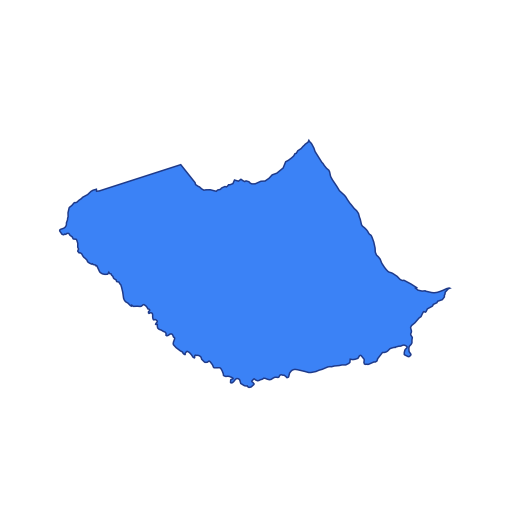 outline of Chitaraque, Boyacá, Colombia, rotated 112°
{"feature_id": "7082276B54324378938324", "entity_name": "Chitaraque", "entity_type": "district", "adm_level": 2, "iso_a3": "COL", "parent_name": "Colombia", "parent_adm1": "Boyacá", "projection": "albers", "projection_center": [-73.416, 5.984], "detail": "fine", "context": "isolated", "style": "filled", "palette": "blue", "viewbox_px": 512, "rotation_deg": 112, "n_neighbors": 0, "source": "geoboundaries", "source_scale": "gbopen_adm2", "svg_char_len": 6091}
<svg xmlns="http://www.w3.org/2000/svg" viewBox="0 0 512 512"><g transform="rotate(112 256 256)"><path d="M314.6,111.6L314.1,110.9L310.0,106.9L309.7,105.8L308.2,104.6L306.4,104.6L305.9,104.8L298.1,102.6L297.2,100.6L296.1,99.3L294.9,98.4L291.8,97.1L290.9,96.2L289.2,94.0L288.7,92.9L288.6,93.0L286.2,89.9L285.3,88.0L284.2,87.0L283.4,86.0L283.0,84.7L283.1,83.4L283.3,82.6L283.7,81.9L284.6,81.7L286.7,82.6L287.5,82.7L289.8,82.4L291.7,81.7L292.0,81.1L292.3,77.1L292.0,76.4L291.2,75.9L290.1,75.4L289.4,75.4L288.8,75.9L287.5,78.0L286.8,78.5L284.6,79.6L283.0,80.0L281.9,79.9L279.9,79.1L278.1,78.9L275.3,80.0L273.9,80.3L272.9,80.6L271.5,82.6L270.9,83.1L270.2,83.4L268.6,83.4L267.4,83.7L264.6,85.8L263.5,85.9L262.2,85.7L258.3,83.6L252.4,81.6L250.4,80.3L246.7,80.1L245.3,79.9L244.7,79.6L244.6,77.9L243.8,77.5L240.8,77.3L236.6,73.8L235.8,73.5L234.5,73.5L231.6,70.8L229.9,70.6L226.7,66.9L223.4,66.0L221.9,66.6L220.5,66.5L218.7,67.0L214.3,65.4L213.3,64.3L213.3,64.9L214.8,67.0L217.9,69.9L220.1,72.3L221.8,74.3L223.4,77.1L224.1,79.5L225.1,85.8L224.9,86.1L226.3,88.8L227.0,93.1L226.1,95.9L225.5,95.1L225.2,95.0L223.9,101.8L223.1,109.5L223.2,110.0L223.8,110.7L223.9,112.2L223.7,113.8L222.0,117.5L220.9,123.0L220.9,124.7L221.1,126.4L220.9,127.8L219.8,130.2L218.3,132.8L215.5,136.8L212.4,139.7L210.9,142.3L210.1,144.5L207.8,146.8L204.0,148.6L199.0,152.0L195.4,155.2L194.0,156.7L193.5,157.7L193.4,158.8L192.5,160.3L191.3,161.7L190.3,163.4L189.2,165.9L188.5,168.4L187.8,169.5L187.2,170.1L182.9,173.1L181.3,174.6L178.2,176.9L176.3,179.7L175.2,182.7L172.7,187.1L172.0,188.6L169.6,192.2L167.5,195.0L166.5,196.9L164.2,203.1L161.2,207.1L156.8,213.6L154.7,216.2L153.8,217.0L150.4,219.3L149.2,220.6L148.3,223.4L146.6,226.5L145.1,228.6L144.6,229.9L137.0,240.4L134.3,242.7L131.5,246.0L130.8,247.0L129.8,249.3L129.0,250.3L131.0,250.4L134.0,252.3L135.3,252.7L136.6,253.4L139.5,254.4L142.8,256.7L145.7,257.1L146.5,258.2L149.1,258.5L151.8,259.8L155.1,261.8L157.5,263.8L164.2,263.8L171.4,267.7L174.7,271.4L179.0,273.0L183.1,275.7L184.9,279.5L189.4,283.8L190.7,286.9L190.6,288.6L189.8,290.4L190.1,293.4L191.2,294.3L191.1,296.1L190.5,298.7L193.2,300.3L193.6,304.4L197.5,304.5L199.7,306.8L200.2,308.1L201.9,308.6L203.0,309.3L203.2,310.8L204.8,312.4L205.9,313.4L207.6,314.0L209.2,316.3L210.9,317.1L211.7,323.2L213.4,327.2L214.5,329.0L214.1,331.6L213.1,334.3L213.1,335.7L212.4,338.8L210.8,340.0L199.5,360.0L254.4,425.7L255.7,428.1L253.9,429.0L256.0,431.7L257.9,433.2L262.1,435.1L266.7,438.9L267.9,439.2L270.6,441.0L273.2,442.2L274.0,443.0L274.5,444.3L274.9,444.6L278.2,445.7L280.6,447.1L281.3,447.3L286.3,446.5L290.0,444.9L291.5,444.8L293.1,444.3L296.2,444.2L298.1,443.5L299.0,443.4L301.0,443.8L302.3,444.7L304.6,447.3L305.5,447.7L306.3,447.4L308.5,444.1L308.5,442.6L308.2,442.1L307.4,441.7L307.2,440.5L305.9,439.8L305.3,438.6L305.4,437.7L305.9,436.9L306.4,436.4L307.2,433.4L308.5,432.1L308.6,431.5L308.0,429.6L307.9,428.8L308.7,427.9L311.0,426.0L314.6,424.6L316.0,423.1L317.6,423.2L318.4,423.0L319.0,421.9L319.4,421.1L319.0,420.7L318.9,420.0L319.3,418.4L320.8,416.6L321.7,415.1L322.2,413.3L323.2,411.1L324.4,410.0L324.8,408.8L325.0,407.5L325.1,405.4L324.5,404.8L324.9,403.9L324.5,401.3L325.1,400.6L324.7,400.2L324.7,399.9L329.0,395.3L329.6,394.4L329.8,393.6L330.1,391.8L329.9,390.5L329.6,389.1L328.7,387.2L328.4,386.7L326.2,386.4L327.1,385.2L326.9,383.6L327.8,382.8L328.5,381.1L329.8,379.9L330.2,379.1L330.6,376.7L331.8,375.7L331.9,375.4L331.5,373.4L332.8,371.8L333.4,370.5L335.5,368.8L339.5,366.0L344.7,363.0L346.0,361.8L346.9,360.5L347.3,359.6L347.6,357.3L349.1,353.7L349.1,352.8L348.6,353.0L348.1,352.8L348.5,352.0L348.6,350.7L347.0,347.2L346.2,344.5L345.5,343.5L343.5,342.4L343.0,341.7L343.5,339.5L344.6,337.4L345.5,336.6L345.4,335.1L345.6,334.6L346.2,334.2L347.0,334.4L347.9,334.8L349.0,334.4L349.3,333.7L348.9,333.2L348.4,333.0L348.0,332.4L347.9,331.6L348.1,330.6L349.4,329.7L351.0,329.1L352.3,328.4L353.4,327.4L353.5,326.7L352.7,325.8L352.6,325.1L353.3,323.1L354.0,322.9L356.0,323.5L356.9,323.5L357.0,323.2L356.4,321.8L358.1,321.2L359.6,320.2L360.3,318.4L360.2,316.0L360.6,313.8L360.6,311.9L360.9,311.1L361.9,310.1L363.1,309.9L363.4,308.9L363.2,308.5L362.5,307.7L360.4,306.3L359.9,305.0L360.1,304.1L361.0,303.0L361.7,302.5L362.1,302.0L362.1,301.1L362.8,300.6L363.5,300.4L366.7,300.3L368.4,299.9L369.2,299.3L370.9,295.8L372.3,290.6L372.6,288.1L373.6,287.1L374.1,285.6L374.0,284.9L373.6,284.8L373.2,285.2L372.8,285.2L370.7,284.6L370.2,284.1L370.3,282.2L370.8,280.8L371.8,278.8L373.4,276.5L373.6,275.0L373.2,274.8L371.6,275.4L370.9,275.3L370.6,275.0L370.4,273.9L369.9,272.8L369.7,271.3L370.1,269.6L370.7,268.8L372.1,267.7L373.6,264.1L373.7,263.4L373.0,261.8L372.5,261.1L371.6,260.7L371.0,260.1L371.0,259.7L371.3,258.7L373.2,255.6L375.2,253.6L375.3,253.0L375.1,252.3L373.3,248.1L373.2,247.4L373.5,246.5L375.0,244.5L377.6,242.1L378.7,241.6L379.1,240.7L379.0,238.9L378.0,237.0L377.6,235.3L377.7,234.3L377.6,233.3L377.9,231.6L378.1,231.4L378.6,231.4L380.0,233.0L380.5,233.0L382.7,232.3L383.0,231.8L382.7,230.8L382.0,230.3L381.0,229.7L378.8,229.1L377.3,228.4L376.8,227.9L376.4,226.5L376.7,225.2L377.2,224.5L379.9,222.4L380.6,218.2L380.2,216.3L379.7,215.5L380.4,214.4L380.5,213.4L380.1,212.6L379.2,211.4L375.9,209.8L375.3,209.9L375.0,210.4L374.4,211.5L374.1,212.6L373.7,213.0L373.1,212.9L372.1,212.5L370.9,212.0L370.6,211.7L370.6,211.4L371.1,209.9L371.1,207.8L370.4,206.7L369.1,205.6L367.9,204.0L366.4,203.0L366.0,201.6L366.0,199.4L365.7,197.2L364.8,195.8L362.3,194.0L361.4,193.1L360.9,192.1L360.4,190.2L359.8,189.5L357.6,189.2L356.6,188.2L356.5,186.7L356.0,185.1L356.8,182.5L357.2,182.1L357.1,181.5L356.2,180.6L355.9,180.5L351.9,181.0L349.5,180.3L348.2,179.6L347.2,178.5L346.5,177.4L345.9,175.0L344.8,167.9L344.3,163.5L343.5,161.5L340.7,157.2L338.2,154.7L336.3,152.2L331.9,147.8L330.9,146.1L330.4,144.5L328.6,142.1L326.4,137.8L324.8,135.5L323.4,132.0L320.9,129.8L319.5,129.1L316.4,130.0L315.8,127.4L314.6,125.4L313.0,123.5L312.5,123.1L309.8,122.7L309.0,122.0L308.9,121.6L309.1,120.9L311.3,117.0L311.6,116.8L314.4,116.0L315.5,115.0L315.5,114.0L314.8,112.6L314.6,111.6Z" fill="#3b82f6" stroke="#1e3a8a" stroke-width="1.5"/></g></svg>